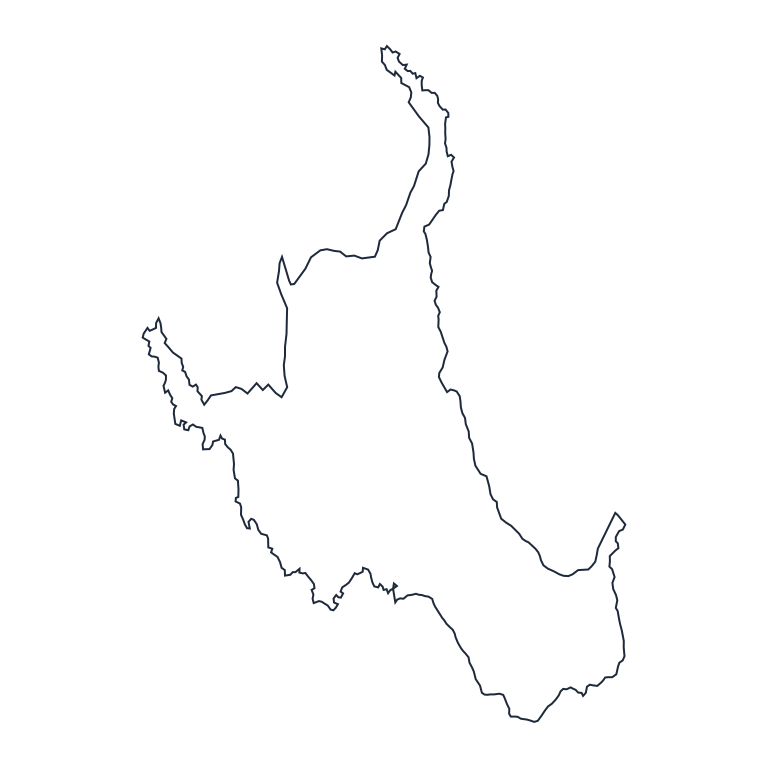 Matrinchã, Goiás, Brazil
{"feature_id": "56859067B90631259832996", "entity_name": "Matrinchã", "entity_type": "district", "adm_level": 2, "iso_a3": "BRA", "parent_name": "Brazil", "parent_adm1": "Goiás", "projection": "equal_earth", "projection_center": [-50.792, -15.31], "detail": "fine", "context": "isolated", "style": "outline", "palette": "slate", "viewbox_px": 768, "rotation_deg": 0, "n_neighbors": 0, "source": "geoboundaries", "source_scale": "gbopen_adm2", "svg_char_len": 5992}
<svg xmlns="http://www.w3.org/2000/svg" viewBox="0 0 768 768"><path d="M381.3,48.4L382.1,55.6L381.9,61.6L384.9,65.0L386.7,69.8L394.5,75.5L395.4,71.7L401.2,78.0L401.3,83.0L409.2,87.2L411.3,92.5L410.8,97.4L408.7,102.3L419.0,116.5L428.4,127.5L429.5,137.1L429.4,145.0L428.5,154.3L425.8,163.6L418.7,171.3L414.0,186.0L410.4,192.6L406.1,205.1L402.2,212.7L395.7,229.2L387.1,233.2L379.7,240.6L377.7,250.3L374.9,256.7L361.9,258.4L354.3,255.6L346.2,256.4L340.1,251.6L334.2,250.9L327.0,249.2L320.4,250.3L311.0,257.3L305.4,268.7L294.3,283.9L290.9,284.5L289.2,280.9L282.0,256.9L279.6,263.2L279.0,271.0L277.1,282.7L281.2,294.2L287.1,308.2L286.5,334.0L285.0,347.0L285.0,356.2L283.8,365.2L284.6,376.0L287.2,387.2L281.6,397.2L275.6,392.9L268.3,384.6L262.8,390.0L256.6,383.2L247.5,393.5L241.5,388.9L235.8,387.1L231.5,391.1L225.0,392.9L216.7,394.4L211.0,395.4L207.6,400.4L204.2,404.7L201.4,399.6L201.9,396.1L197.5,391.3L197.7,387.3L196.0,384.6L192.7,386.6L189.5,384.8L188.9,379.5L186.6,376.4L185.1,371.9L182.3,370.4L183.2,366.9L181.7,362.9L181.5,358.6L172.9,352.5L168.1,346.8L164.7,343.1L166.4,338.9L164.2,335.8L161.5,332.1L161.2,327.8L160.5,323.3L158.6,318.3L156.1,323.0L156.0,327.9L152.3,329.7L149.6,330.8L147.5,327.9L143.7,333.6L142.7,337.6L145.8,339.5L149.3,341.5L148.5,345.9L150.6,347.9L149.7,351.2L148.8,354.3L151.6,356.4L154.8,356.7L157.7,357.7L158.9,362.6L158.4,366.9L158.9,370.9L162.8,372.6L166.0,375.5L165.9,379.7L165.0,382.8L163.5,385.8L165.1,392.7L168.2,390.4L170.0,394.6L172.3,398.2L171.2,401.8L173.0,404.4L176.0,406.0L174.2,408.9L173.8,413.5L175.3,423.9L179.8,425.8L181.2,420.4L186.1,422.4L183.6,424.7L184.3,429.4L188.3,430.2L189.6,426.4L192.9,424.5L196.2,426.8L202.3,427.9L203.6,433.4L204.8,436.3L204.6,439.8L202.6,444.1L203.1,449.4L205.7,449.2L209.5,449.1L212.4,445.0L213.1,441.5L219.0,439.8L220.5,435.6L222.0,438.5L224.9,439.6L225.2,444.1L227.8,447.3L230.6,449.7L233.0,453.6L233.5,458.9L234.0,463.9L233.6,469.9L235.0,478.4L237.9,480.6L238.5,489.4L238.3,497.0L235.9,497.9L235.6,501.4L240.0,503.6L241.2,507.4L241.0,514.8L243.1,519.5L244.8,524.2L247.0,528.2L249.8,528.5L248.5,521.9L251.2,518.8L253.9,519.9L256.8,524.3L258.3,529.8L261.2,533.8L266.8,535.3L268.1,538.5L268.3,547.4L272.3,548.7L271.1,552.4L273.7,554.3L277.5,556.9L280.0,562.0L281.6,567.8L284.8,570.1L285.0,575.6L290.3,574.8L292.8,572.1L295.5,572.1L299.5,568.8L299.4,572.6L302.8,573.4L305.4,573.0L307.9,576.3L311.0,580.0L313.9,584.0L314.5,588.2L311.6,589.9L313.4,594.5L312.6,598.8L313.7,603.1L318.9,601.1L321.6,601.7L327.8,605.6L330.6,609.6L333.4,610.3L335.9,607.6L337.9,604.2L334.0,602.5L333.6,598.5L336.2,595.0L338.4,597.3L340.9,597.6L343.1,593.4L340.6,591.6L342.2,587.4L346.1,584.8L348.9,582.6L352.2,577.6L354.7,573.2L357.2,574.3L360.0,573.1L362.7,571.7L363.0,567.8L368.1,569.6L370.5,573.8L371.1,577.4L372.4,582.4L374.3,586.4L378.2,587.4L379.9,584.0L382.6,586.6L383.6,589.9L386.6,589.2L388.1,593.2L390.3,590.1L393.1,588.7L394.2,595.7L395.3,602.4L397.2,599.6L400.1,598.4L403.5,598.7L407.5,595.4L412.1,594.8L415.9,593.8L419.0,594.8L421.8,595.0L424.6,596.0L428.6,596.7L432.2,598.9L433.6,603.5L435.2,606.8L439.5,613.6L442.3,618.0L444.2,620.2L446.4,623.7L449.7,627.0L452.7,629.7L454.7,633.6L455.5,637.0L457.9,642.8L459.5,645.6L461.2,648.5L463.2,651.1L465.4,653.4L468.5,657.2L469.5,662.7L472.0,667.4L473.8,671.5L475.7,679.1L480.0,685.6L481.9,692.8L484.6,694.6L487.6,694.8L490.1,694.4L494.2,694.4L499.5,693.7L503.2,694.9L504.5,697.7L507.0,704.1L509.3,708.8L509.1,713.7L510.8,716.6L515.0,716.6L517.6,716.8L520.8,718.7L527.1,719.6L530.5,720.6L534.2,721.9L537.8,720.8L541.5,715.7L545.1,710.3L548.0,706.5L551.9,703.7L555.8,699.5L558.8,695.3L560.6,691.3L563.2,688.9L566.5,689.3L570.7,687.4L573.0,688.7L575.6,689.8L578.2,692.6L581.6,692.9L583.1,695.9L585.8,692.8L587.0,686.7L589.8,684.7L593.3,685.4L597.3,685.9L601.0,682.7L603.0,680.6L605.2,677.5L607.9,677.2L612.2,677.2L616.3,674.3L617.1,670.8L618.1,666.3L619.4,662.7L622.7,660.4L624.5,656.2L623.7,647.4L623.8,641.0L622.9,636.3L621.8,630.5L620.0,623.7L619.2,619.7L618.4,615.3L617.7,611.1L615.8,607.9L617.3,600.3L616.0,595.0L613.2,589.0L612.4,582.9L614.6,577.1L612.1,569.2L609.4,566.6L609.9,561.5L609.8,556.1L615.3,550.6L618.4,548.2L617.8,543.3L615.8,541.3L615.8,537.0L619.1,531.1L622.9,529.5L625.3,524.5L617.8,515.1L615.3,512.9L597.8,548.7L596.8,554.7L595.3,561.6L591.6,566.3L588.3,569.5L578.1,570.1L572.6,574.3L568.3,576.1L563.6,575.8L559.3,574.3L553.8,571.3L547.8,568.6L543.4,565.3L541.0,560.3L539.9,556.1L538.2,552.2L535.4,548.7L528.5,542.3L525.8,541.1L522.4,538.8L519.2,533.8L511.2,525.8L506.2,522.7L501.2,518.7L497.1,507.4L496.8,502.0L493.0,499.3L490.5,494.2L489.2,486.2L486.5,476.3L480.6,473.8L475.4,465.7L473.9,458.9L473.5,452.6L472.1,443.5L469.1,437.8L468.7,431.4L465.8,424.2L465.0,417.9L462.4,413.2L460.9,407.5L460.4,400.7L459.7,396.2L456.7,391.5L454.1,390.4L450.5,389.5L447.1,392.1L441.7,382.8L438.9,377.0L439.3,373.0L442.7,367.4L444.5,359.6L447.6,351.4L446.4,346.8L444.4,342.9L440.7,331.7L438.3,327.0L438.6,319.5L438.2,315.8L439.8,312.2L438.0,307.7L435.8,304.7L434.6,300.8L436.6,296.6L436.3,290.7L438.5,286.9L435.8,285.1L432.1,282.1L430.7,277.5L431.2,274.0L432.1,270.8L431.0,267.6L429.8,263.2L430.6,256.9L428.6,252.6L428.0,247.0L426.9,239.9L425.4,233.9L423.8,231.4L424.4,226.6L429.1,224.6L433.2,218.7L435.8,214.9L439.2,210.7L442.9,210.1L444.3,203.8L446.7,202.0L448.8,196.0L449.0,190.4L450.4,185.2L451.1,181.2L451.8,177.7L452.5,174.2L453.6,171.1L452.5,167.2L451.5,161.7L454.0,157.5L451.1,154.8L447.8,156.2L446.6,151.4L446.5,147.9L445.0,143.3L445.6,139.2L445.2,132.9L445.3,128.1L445.1,123.8L446.0,117.4L448.4,116.8L448.3,113.0L445.5,109.5L442.9,109.7L439.6,106.2L437.9,102.9L438.1,99.0L437.3,95.9L434.8,92.9L431.6,92.9L428.4,90.2L425.5,90.2L422.3,90.4L421.7,85.0L421.7,80.8L422.9,77.5L419.8,75.8L416.5,78.2L415.3,73.1L412.7,73.7L410.3,70.9L407.8,71.1L404.8,68.8L406.7,64.6L402.9,65.1L399.0,61.6L397.6,57.8L399.6,54.0L395.7,51.5L392.6,52.5L390.1,49.2L386.9,46.1L384.8,49.3L381.3,48.4ZM393.1,588.7L393.9,583.5L396.9,586.0L393.1,588.7Z" fill="none" stroke="#1e293b" stroke-width="2"/></svg>